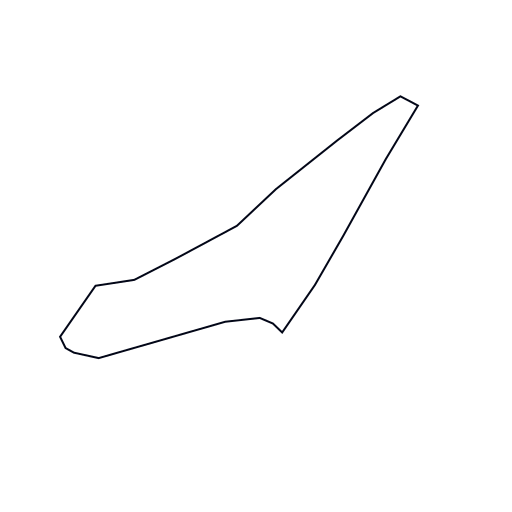 SVG path tracing the border of Vieux Fort, rotated 64°
{"feature_id": "LCA-5086", "entity_name": "Vieux Fort", "entity_type": "Quarter", "adm_level": 1, "iso_a3": "LCA", "parent_name": "Saint Lucia", "parent_adm1": "", "projection": "equal_earth", "projection_center": [-60.953, 13.777], "detail": "fine", "context": "isolated", "style": "outline", "palette": "ink", "viewbox_px": 512, "rotation_deg": 64, "n_neighbors": 0, "source": "natural_earth", "source_scale": "10m", "svg_char_len": 424}
<svg xmlns="http://www.w3.org/2000/svg" viewBox="0 0 512 512"><g transform="rotate(64 256 256)"><path d="M336.2,266.0L324.1,270.4L313.3,279.8L301.6,312.5L278.8,442.2L263.1,462.0L255.3,467.5L242.7,467.5L212.4,413.3L224.1,375.8L223.2,329.2L220.5,259.9L204.6,208.6L187.7,132.1L178.8,88.0L177.4,73.1L175.8,56.2L191.8,44.5L225.7,96.7L276.3,169.0L307.9,215.8L336.2,266.0Z" fill="none" stroke="#020617" stroke-width="2"/></g></svg>